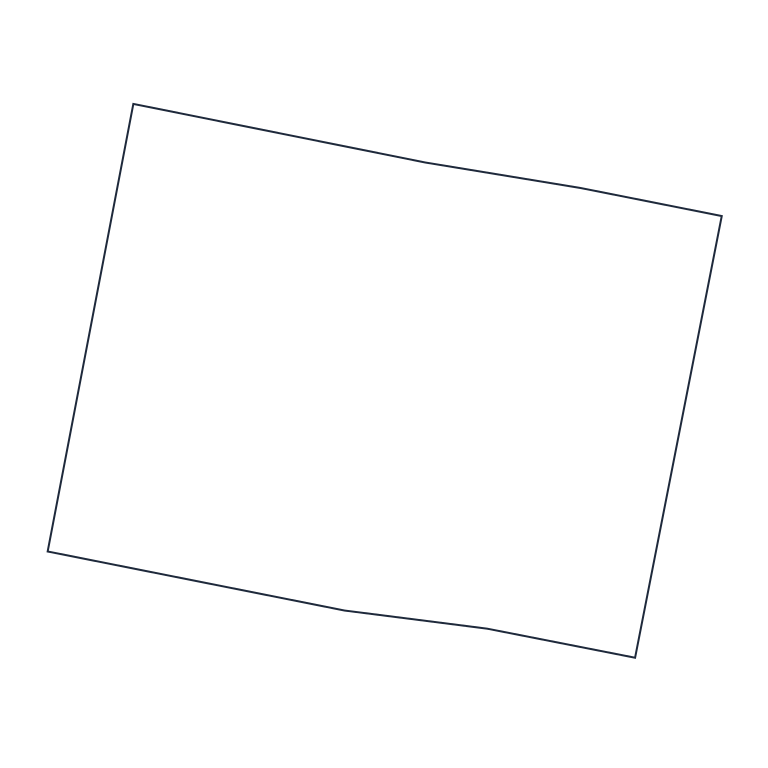 outline of Clarke, Iowa, United States of America, rotated 191°
{"feature_id": "52423323B49910355657657", "entity_name": "Clarke", "entity_type": "district", "adm_level": 2, "iso_a3": "USA", "parent_name": "United States of America", "parent_adm1": "Iowa", "projection": "mercator", "projection_center": [-93.837, 41.029], "detail": "fine", "context": "isolated", "style": "outline", "palette": "slate", "viewbox_px": 768, "rotation_deg": 191, "n_neighbors": 0, "source": "geoboundaries", "source_scale": "gbopen_adm2", "svg_char_len": 271}
<svg xmlns="http://www.w3.org/2000/svg" viewBox="0 0 768 768"><g transform="rotate(191 384 384)"><path d="M84.5,613.3L228.0,613.9L385.7,609.3L683.5,611.1L682.2,155.4L379.4,154.1L236.1,163.5L85.3,163.2L84.5,613.3Z" fill="none" stroke="#1e293b" stroke-width="2"/></g></svg>